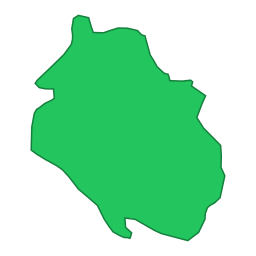 the district of Sirs Al-Layyana City, Al Minufiyah, Egypt
{"feature_id": "37247803B52946313788554", "entity_name": "Sirs Al-Layyana City", "entity_type": "district", "adm_level": 2, "iso_a3": "EGY", "parent_name": "Egypt", "parent_adm1": "Al Minufiyah", "projection": "robinson", "projection_center": [30.97, 30.445], "detail": "fine", "context": "isolated", "style": "filled", "palette": "green", "viewbox_px": 256, "rotation_deg": 0, "n_neighbors": 0, "source": "geoboundaries", "source_scale": "gbopen_adm2", "svg_char_len": 1101}
<svg xmlns="http://www.w3.org/2000/svg" viewBox="0 0 256 256"><path d="M192.7,81.9L190.6,80.2L182.4,81.1L170.0,80.7L168.2,74.4L164.1,73.2L157.1,66.7L154.2,61.4L150.2,55.0L144.9,35.8L141.6,34.9L137.6,30.6L127.4,28.2L118.1,28.0L108.8,30.9L103.6,32.8L93.3,32.5L91.4,27.2L88.6,17.7L78.4,15.4L73.5,18.5L71.8,28.8L72.6,35.1L72.5,39.3L71.3,44.5L63.8,54.7L56.4,61.9L50.1,68.0L43.7,74.1L39.5,78.1L37.3,80.2L35.2,83.3L39.2,87.6L45.3,88.8L53.5,89.0L54.3,98.4L51.2,100.4L44.9,103.4L39.6,107.5L36.5,109.5L34.3,113.5L33.1,119.8L31.8,127.1L31.2,150.1L37.2,154.5L46.3,160.0L56.4,165.5L62.5,169.8L68.5,176.3L78.4,189.1L87.4,196.7L97.4,205.4L104.2,219.1L109.1,226.6L113.1,231.9L115.1,233.0L119.2,235.3L124.2,237.5L127.3,237.6L129.9,238.3L130.5,237.0L131.6,232.8L125.6,227.4L124.9,218.0L135.1,219.3L154.3,230.3L161.4,233.6L187.9,240.6L194.3,235.6L198.5,232.6L205.0,219.2L205.2,213.9L207.4,207.7L209.6,205.7L214.8,202.7L220.1,197.6L224.8,175.8L221.0,167.3L221.2,159.6L221.3,155.9L220.6,145.4L203.6,128.2L196.8,117.5L202.3,103.1L205.6,95.8L191.5,86.0L192.7,81.9Z" fill="#22c55e" stroke="#15803d" stroke-width="1.5"/></svg>